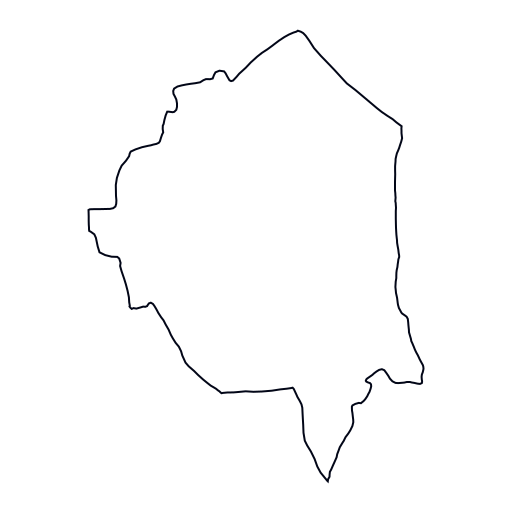 Me Sang, Prey Vêng, Cambodia (orthographic projection)
{"feature_id": "14789045B72609055314510", "entity_name": "Me Sang", "entity_type": "district", "adm_level": 2, "iso_a3": "KHM", "parent_name": "Cambodia", "parent_adm1": "Prey Vêng", "projection": "orthographic", "projection_center": [105.584, 11.344], "detail": "fine", "context": "isolated", "style": "outline", "palette": "ink", "viewbox_px": 512, "rotation_deg": 0, "n_neighbors": 0, "source": "geoboundaries", "source_scale": "gbopen_adm2", "svg_char_len": 4571}
<svg xmlns="http://www.w3.org/2000/svg" viewBox="0 0 512 512"><path d="M221.5,393.2L223.0,392.9L227.2,392.5L233.5,392.4L238.2,392.0L245.6,391.3L253.5,391.8L262.0,391.5L271.8,390.7L280.2,389.4L286.8,388.7L290.9,388.1L292.6,387.7L293.8,389.0L295.1,391.8L296.5,394.8L297.4,396.9L299.4,400.3L300.2,401.8L301.5,404.4L302.3,407.8L302.6,414.2L302.9,419.6L303.2,424.9L303.5,432.8L304.8,440.7L307.2,445.5L310.9,451.5L314.6,459.0L317.3,466.5L320.6,472.6L324.5,477.4L326.0,479.2L326.9,480.4L327.8,481.3L328.1,479.2L329.5,476.8L329.6,474.5L329.9,471.8L331.1,469.7L332.8,465.8L334.3,462.5L335.4,460.0L336.6,457.3L337.2,454.2L338.5,450.8L339.8,447.2L341.5,444.4L342.9,442.1L343.6,441.1L345.5,437.2L348.3,433.5L350.3,430.3L352.4,426.0L353.3,422.2L353.2,419.6L352.9,417.2L352.4,412.8L352.0,410.6L351.9,408.1L351.9,406.5L352.5,405.4L354.0,404.6L355.3,403.9L357.1,403.4L358.7,402.9L361.0,403.2L362.0,402.3L362.8,401.7L363.5,401.1L364.1,400.5L365.3,399.1L367.2,396.3L368.4,393.8L369.5,391.9L370.6,388.7L371.2,386.3L371.0,384.3L370.0,383.1L367.9,382.4L366.3,381.6L365.8,380.8L366.3,379.4L367.2,378.5L368.8,377.4L370.4,376.3L372.4,374.9L374.1,373.3L376.5,371.5L379.1,369.9L381.9,369.2L384.3,370.2L386.3,372.9L388.3,375.8L389.9,378.6L392.4,381.3L395.5,382.9L398.2,383.1L401.8,382.8L404.2,382.6L406.8,382.0L410.0,382.0L411.8,382.5L414.3,382.9L417.3,383.6L418.7,383.8L420.0,383.9L421.8,383.1L422.1,381.9L422.0,380.5L421.8,379.6L421.6,376.9L421.8,374.9L422.1,373.9L422.7,372.4L423.3,369.9L423.5,368.7L423.3,366.7L422.9,365.2L421.7,363.0L420.7,361.2L419.6,359.1L418.8,357.3L417.7,355.0L416.5,352.9L415.5,350.9L414.7,349.1L413.9,347.0L413.0,344.9L412.4,343.4L411.3,341.1L410.9,338.8L410.3,336.8L409.0,332.3L408.9,329.9L408.7,328.0L408.4,325.0L408.2,322.4L407.8,318.9L406.6,316.7L405.0,315.5L402.1,313.5L401.3,312.5L400.1,310.2L398.9,308.0L398.0,304.8L397.7,302.9L397.4,300.4L397.1,298.0L396.7,296.1L396.0,293.0L395.7,289.7L395.4,287.0L395.6,283.6L395.7,281.7L396.3,278.1L396.3,275.9L396.4,272.7L396.7,270.1L397.4,267.1L397.7,264.3L398.1,261.7L398.4,259.3L399.2,257.0L399.1,255.2L398.7,253.1L398.3,249.7L397.6,245.9L397.1,242.8L397.0,240.2L396.7,237.6L396.4,234.7L396.2,231.5L396.0,227.6L395.9,223.8L395.8,218.6L395.8,214.6L395.8,210.9L396.0,207.8L395.8,205.0L395.7,203.0L395.3,201.2L395.6,197.7L395.4,195.3L395.3,193.1L395.0,190.5L395.0,186.1L395.0,181.9L395.1,177.9L395.2,174.3L395.1,170.2L395.1,166.2L395.2,164.9L395.5,161.7L395.6,158.9L396.3,155.7L396.9,153.3L398.1,150.6L399.2,147.8L400.1,144.9L401.2,141.7L402.1,138.2L401.8,135.8L401.5,133.2L401.5,130.8L401.4,128.5L401.6,126.2L399.4,124.6L396.3,122.3L392.7,119.2L387.5,115.9L381.8,112.0L377.0,108.2L370.0,102.3L363.0,96.4L355.5,90.1L346.8,83.4L340.8,76.9L334.3,69.8L327.1,62.3L320.7,55.7L314.0,48.1L309.4,40.9L305.7,35.7L303.2,33.1L300.8,31.7L297.8,30.7L296.5,31.6L293.4,32.6L289.0,34.5L284.3,37.1L278.9,40.7L273.6,44.7L272.6,45.5L267.7,49.1L261.9,52.9L257.1,56.7L250.8,62.4L245.7,67.8L241.2,71.9L239.2,73.7L236.6,76.8L233.0,80.6L231.1,81.1L229.5,80.3L227.1,76.2L225.6,73.3L224.1,71.4L219.5,70.7L215.5,72.3L214.0,75.0L212.7,78.5L210.1,79.2L206.0,79.1L203.4,80.2L200.1,82.3L195.3,83.2L190.6,83.8L186.2,84.5L181.7,85.4L177.5,86.5L174.1,88.6L173.2,91.0L173.5,93.9L174.9,96.5L176.3,99.5L177.0,103.4L177.0,106.9L176.3,109.8L174.3,111.8L172.7,112.2L168.9,111.7L167.2,111.7L165.7,115.3L164.4,120.0L163.6,124.0L162.8,125.7L162.7,129.0L163.2,132.4L162.1,134.5L161.0,137.7L159.9,141.3L158.8,142.8L156.4,143.9L153.2,144.6L150.9,145.3L148.2,145.8L142.0,147.2L135.5,149.4L130.7,151.6L129.7,153.6L129.1,156.2L126.0,160.7L121.7,165.6L119.4,170.4L116.9,177.9L115.8,185.0L115.9,190.2L116.0,195.9L116.4,200.4L116.2,203.9L115.4,206.5L113.2,208.2L110.0,208.9L105.6,209.0L100.7,209.1L96.1,209.1L91.9,209.2L89.8,209.3L88.5,210.0L88.6,212.4L88.7,216.3L88.7,220.9L88.8,224.8L89.0,227.6L89.0,229.2L89.2,230.9L91.0,231.9L94.3,234.3L95.9,237.8L97.7,246.4L99.5,252.3L105.2,255.1L111.6,256.7L117.3,256.9L119.2,258.5L120.6,262.9L120.1,266.0L121.5,271.0L124.2,278.9L125.9,284.4L127.6,290.9L128.9,297.3L129.2,302.3L129.8,305.6L129.5,306.5L130.5,307.8L131.7,308.9L133.5,308.1L136.4,308.6L140.3,307.5L143.2,306.6L145.3,306.8L147.1,306.1L147.5,305.4L148.9,303.4L150.8,302.7L152.9,303.9L154.3,305.8L156.0,308.6L157.1,310.6L158.3,312.9L161.1,317.2L163.5,320.3L165.7,324.6L168.6,329.6L170.8,334.7L172.8,338.3L175.6,342.8L178.8,346.6L179.7,348.4L181.1,351.3L182.3,355.5L185.5,362.6L188.7,366.3L194.0,370.9L198.1,375.0L203.1,379.5L206.9,382.6L210.7,385.6L214.3,387.7L216.1,388.8L218.0,390.4L219.4,391.3L220.4,392.3L221.5,393.2Z" fill="none" stroke="#020617" stroke-width="2"/></svg>